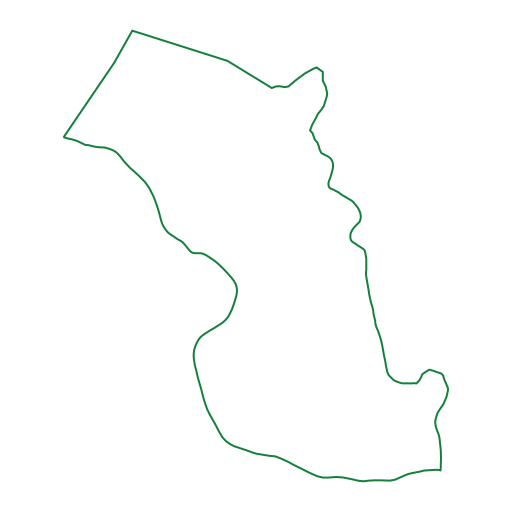 the district of Ti Riviere, Micoud, Saint Lucia
{"feature_id": "8701671B16268299103818", "entity_name": "Ti Riviere", "entity_type": "district", "adm_level": 2, "iso_a3": "LCA", "parent_name": "Saint Lucia", "parent_adm1": "Micoud", "projection": "natural_earth1", "projection_center": [-60.937, 13.83], "detail": "fine", "context": "isolated", "style": "outline", "palette": "green", "viewbox_px": 512, "rotation_deg": 0, "n_neighbors": 0, "source": "geoboundaries", "source_scale": "gbopen_adm2", "svg_char_len": 5321}
<svg xmlns="http://www.w3.org/2000/svg" viewBox="0 0 512 512"><path d="M64.0,136.7L64.2,137.4L66.0,137.9L67.9,138.5L72.5,139.5L75.0,140.3L77.4,141.1L78.9,141.8L80.6,142.6L81.2,142.9L82.8,143.7L85.3,144.9L87.4,145.1L89.5,145.3L91.5,146.0L92.1,146.1L94.3,146.6L99.2,147.3L102.2,147.4L103.9,147.5L105.3,147.6L107.3,148.2L108.7,148.7L111.4,149.6L114.8,151.3L117.0,153.0L117.7,153.6L120.5,156.7L120.7,157.1L122.3,159.2L123.8,161.1L126.5,164.1L130.1,167.9L135.5,172.7L140.2,177.1L141.1,178.1L143.2,180.1L145.9,183.2L146.6,184.2L149.1,187.8L150.6,190.6L150.8,191.1L151.3,192.1L153.3,196.0L154.7,199.5L155.3,201.0L156.9,205.5L158.4,210.3L159.6,214.6L161.0,220.1L162.2,223.7L163.4,226.1L165.3,229.2L167.7,232.2L170.0,234.1L172.0,235.4L173.6,236.4L174.4,237.0L177.8,239.3L181.0,241.1L181.7,241.6L183.0,242.6L184.3,244.1L186.0,246.1L188.1,248.7L189.5,250.5L191.2,252.0L192.5,252.7L194.7,253.2L196.4,253.2L200.7,253.2L202.4,253.6L203.0,253.8L206.0,255.1L209.0,257.0L212.1,259.1L215.2,261.3L218.3,263.9L222.3,267.8L224.1,269.5L224.6,270.1L227.4,273.1L230.0,276.0L231.4,277.6L234.1,281.1L236.0,284.8L236.4,286.3L236.8,288.1L236.9,288.7L237.0,290.9L236.8,293.1L236.5,294.9L235.6,298.4L235.3,299.4L233.7,304.5L233.1,306.1L232.2,308.7L230.2,313.0L229.1,315.2L227.7,317.4L225.5,320.0L222.9,322.4L220.1,324.3L219.6,324.6L217.0,326.2L215.5,327.2L212.9,328.9L211.8,329.4L210.1,330.4L206.7,332.6L204.1,334.3L201.8,336.0L201.3,336.5L199.9,337.9L198.8,339.4L197.9,340.8L196.8,342.8L195.9,344.8L195.2,346.5L194.8,347.9L194.1,350.2L193.7,353.8L193.7,356.7L193.8,358.4L194.6,363.7L195.4,367.6L195.9,369.2L196.8,372.9L197.7,377.0L198.5,379.8L199.5,383.3L201.6,390.7L202.2,393.3L203.3,397.5L204.8,402.4L205.3,403.9L207.1,409.1L208.9,412.8L209.3,413.6L209.5,414.0L211.9,418.3L214.8,423.4L217.6,428.9L220.2,433.6L222.2,437.0L224.6,439.7L225.6,440.8L226.7,441.7L227.3,442.1L229.7,443.8L230.4,444.3L230.9,444.5L234.3,446.3L237.5,447.3L238.4,447.6L243.4,449.3L247.1,450.5L252.4,452.5L256.5,453.7L265.0,455.1L270.0,455.9L271.7,456.0L275.4,456.4L280.6,458.4L281.1,458.6L288.5,462.0L290.6,463.2L294.3,465.2L297.1,466.6L300.4,468.2L306.9,471.5L311.3,473.6L316.1,475.7L316.9,476.1L320.4,477.0L323.2,477.6L327.6,477.6L332.3,477.3L332.9,477.2L336.1,477.0L342.2,477.4L345.6,477.9L346.4,478.1L347.7,478.4L352.3,479.3L355.6,480.1L357.3,480.5L359.2,480.8L363.5,481.3L368.2,480.7L374.8,480.3L380.1,480.3L385.6,480.5L386.8,480.5L389.9,480.6L394.0,479.9L394.5,479.9L395.4,479.5L399.3,477.8L404.5,475.5L408.3,474.0L412.6,473.0L419.0,471.8L421.5,471.2L424.3,470.5L428.1,470.3L432.2,470.0L434.0,469.9L436.6,469.8L437.8,469.9L438.7,470.0L440.5,470.3L440.8,467.4L440.8,465.8L440.8,464.9L440.9,461.3L441.0,458.4L440.9,454.2L440.8,450.6L440.6,448.6L440.4,446.3L440.0,443.0L439.7,440.0L439.5,437.9L438.6,434.3L437.9,432.5L436.8,429.7L435.9,426.9L435.4,423.9L435.2,421.8L435.4,420.3L435.9,418.2L436.7,415.5L437.6,412.8L438.5,411.4L439.7,409.5L441.2,407.3L443.3,404.4L444.5,401.6L445.4,399.5L446.5,396.8L446.9,395.0L447.4,392.9L447.9,390.7L448.0,389.2L447.8,387.7L447.2,386.2L446.6,384.9L445.2,381.5L444.4,379.8L443.6,377.3L443.1,375.5L442.0,374.2L441.2,373.5L439.2,372.8L437.8,372.4L436.7,372.1L433.8,370.9L429.2,369.7L422.4,374.1L421.2,377.0L419.8,379.7L418.3,381.6L417.2,382.6L416.2,383.5L414.2,383.1L412.2,383.4L409.9,383.4L407.0,383.3L404.2,383.4L401.5,383.2L398.7,382.3L395.3,381.1L393.1,379.6L390.7,377.2L389.6,376.1L388.2,374.3L387.4,372.1L387.0,370.5L386.5,368.1L385.8,365.2L385.5,362.7L385.0,360.0L384.3,356.9L383.7,353.8L383.2,350.8L382.7,348.2L382.2,345.2L381.6,342.4L380.9,339.7L380.2,337.5L379.3,334.7L378.9,333.5L378.0,330.8L377.2,329.0L376.2,326.7L375.8,325.1L375.4,323.7L375.2,321.1L374.9,319.7L374.1,316.4L373.6,314.5L373.2,310.6L372.2,306.3L371.6,304.6L371.1,302.7L370.7,301.5L370.1,298.6L369.8,297.2L369.3,294.9L368.8,291.5L368.6,290.2L368.1,287.2L367.8,285.5L367.3,282.8L366.9,280.4L366.5,277.9L366.2,276.4L366.0,273.9L366.1,271.5L366.3,269.5L366.3,267.0L366.3,264.6L366.3,263.1L366.3,262.2L366.3,260.3L366.2,257.8L365.8,255.7L365.5,254.2L365.3,252.6L365.0,251.4L364.5,250.2L363.4,249.1L360.1,246.8L358.3,245.8L356.6,244.6L354.8,243.3L352.9,242.2L351.6,241.1L351.0,240.1L350.5,238.7L350.3,236.9L350.4,236.1L350.5,234.1L350.8,232.9L351.4,231.7L352.4,229.7L353.1,228.8L354.3,227.3L355.1,226.4L356.2,225.2L357.1,224.3L358.3,223.2L359.8,221.4L360.2,220.1L360.7,218.1L360.8,216.8L360.5,214.2L360.1,212.5L359.5,211.0L358.5,208.9L357.6,207.4L356.5,205.9L355.8,205.1L355.1,204.3L354.1,203.0L352.9,201.7L352.5,201.3L350.0,199.6L349.5,199.4L346.6,197.7L344.8,196.5L342.7,195.4L340.6,194.0L338.7,192.5L337.5,191.8L335.1,190.6L333.6,189.7L331.7,189.0L330.3,188.4L329.3,187.4L328.7,186.3L328.4,183.8L328.6,182.4L329.0,181.1L329.6,179.4L330.2,178.0L330.7,176.4L331.3,174.4L331.9,171.9L332.6,169.7L333.0,167.1L333.1,164.6L332.9,163.3L332.4,161.7L331.7,160.2L330.9,158.9L330.0,157.9L328.6,156.9L326.7,155.8L325.2,155.1L323.0,153.9L321.7,153.3L321.0,152.4L320.3,150.9L319.4,148.9L318.9,146.5L317.4,142.6L314.7,139.4L312.6,133.3L310.1,130.4L312.0,125.1L315.8,118.2L317.8,114.1L321.6,109.4L323.9,105.8L326.6,97.2L327.2,93.6L325.8,86.8L322.8,80.7L322.8,74.3L322.8,71.9L316.7,67.5L313.2,68.8L304.8,73.5L296.6,79.6L292.1,83.3L288.4,86.5L284.7,87.1L279.5,86.2L275.8,86.5L271.8,88.0L227.5,60.9L132.3,30.7L114.0,63.1L64.0,136.7Z" fill="none" stroke="#15803d" stroke-width="2"/></svg>